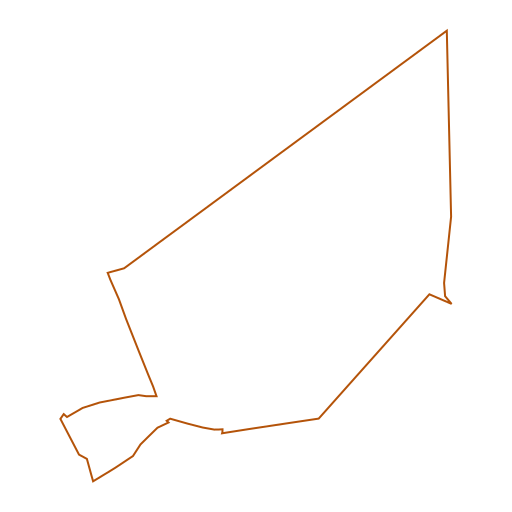 San Miguel Tequixtepec, Oaxaca, Mexico (Natural Earth projection)
{"feature_id": "50627088B88201082467203", "entity_name": "San Miguel Tequixtepec", "entity_type": "district", "adm_level": 2, "iso_a3": "MEX", "parent_name": "Mexico", "parent_adm1": "Oaxaca", "projection": "natural_earth1", "projection_center": [-97.352, 17.831], "detail": "fine", "context": "isolated", "style": "outline", "palette": "amber", "viewbox_px": 512, "rotation_deg": 0, "n_neighbors": 0, "source": "geoboundaries", "source_scale": "gbopen_adm2", "svg_char_len": 812}
<svg xmlns="http://www.w3.org/2000/svg" viewBox="0 0 512 512"><path d="M451.6,303.9L445.1,296.2L444.1,283.2L444.1,282.8L451.1,216.7L446.8,30.7L401.3,64.2L280.5,153.1L190.5,219.4L157.6,243.6L124.1,268.3L107.7,272.8L110.3,279.6L118.9,299.2L126.0,318.8L138.6,350.7L148.1,374.4L153.1,386.5L156.5,396.2L146.2,396.2L138.4,395.1L124.8,397.6L99.7,402.5L82.7,407.9L67.0,417.0L63.7,414.1L60.4,418.9L79.0,454.6L86.9,458.9L91.3,474.9L93.1,481.3L111.7,470.0L115.4,467.7L133.0,456.0L140.5,444.4L148.4,436.6L157.5,427.7L168.5,422.5L166.7,420.8L170.2,418.7L187.5,423.6L202.6,427.5L214.4,429.6L215.9,429.5L216.8,429.5L219.0,429.5L220.7,429.4L222.5,429.3L222.5,430.9L222.3,432.6L222.1,433.3L226.4,432.6L248.1,429.2L289.9,422.9L318.7,418.6L348.5,385.1L429.4,294.3L451.6,303.9Z" fill="none" stroke="#b45309" stroke-width="2"/></svg>